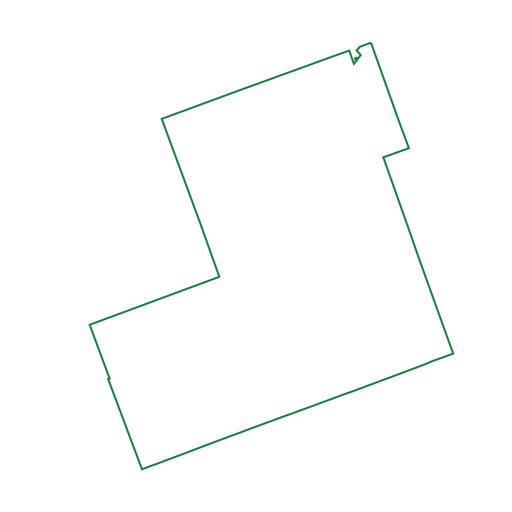 outline of Weld, Colorado, United States of America, rotated 160°
{"feature_id": "52423323B62932676099867", "entity_name": "Weld", "entity_type": "district", "adm_level": 2, "iso_a3": "USA", "parent_name": "United States of America", "parent_adm1": "Colorado", "projection": "albers", "projection_center": [-104.512, 40.501], "detail": "fine", "context": "isolated", "style": "outline", "palette": "green", "viewbox_px": 512, "rotation_deg": 160, "n_neighbors": 0, "source": "geoboundaries", "source_scale": "gbopen_adm2", "svg_char_len": 907}
<svg xmlns="http://www.w3.org/2000/svg" viewBox="0 0 512 512"><g transform="rotate(160 256 256)"><path d="M435.8,248.3L435.5,190.9L437.0,190.9L436.1,94.6L435.9,94.6L393.3,94.9L367.1,95.3L362.4,95.3L358.0,95.3L355.5,95.4L344.1,95.5L339.7,95.5L339.4,95.5L328.4,95.5L327.1,95.5L323.3,95.6L319.9,95.7L316.6,95.6L311.9,95.6L307.5,95.7L302.9,95.7L281.5,95.8L280.9,95.8L280.8,95.7L219.5,95.9L212.3,95.8L187.5,96.0L169.0,96.1L145.4,96.3L131.7,96.5L125.5,96.9L104.1,96.8L103.7,198.2L103.3,226.1L102.6,305.2L93.8,305.1L93.3,305.1L88.7,305.1L75.4,305.0L75.6,333.1L75.6,334.9L75.5,351.7L75.3,372.7L75.2,389.0L75.0,416.1L75.7,417.1L86.7,417.1L91.2,414.8L88.9,409.0L98.3,403.1L98.2,412.5L98.1,417.2L107.8,417.2L116.7,417.3L149.2,417.3L214.2,417.4L297.7,417.1L297.2,304.9L297.6,249.0L435.8,248.3ZM93.6,407.8L95.3,407.8L95.3,406.7L94.1,406.5L93.7,406.6L93.6,407.8Z" fill="none" stroke="#15803d" stroke-width="2"/></g></svg>